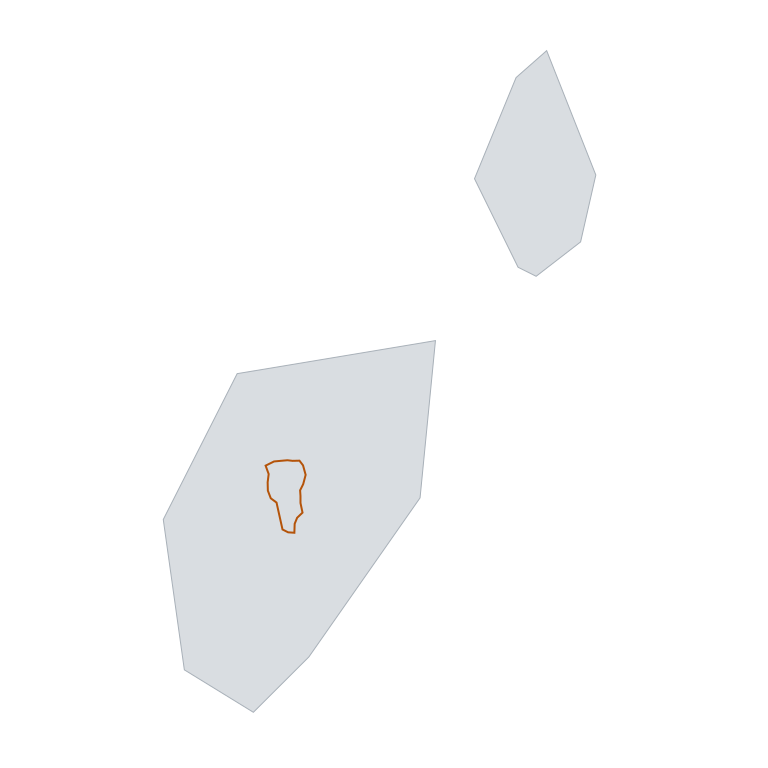 Malta, with Attard highlighted, rotated 81°
{"feature_id": "MLT-5920", "entity_name": "Attard", "entity_type": "state/province", "adm_level": 1, "iso_a3": "MLT", "parent_name": "Malta", "parent_adm1": "", "projection": "robinson", "projection_center": [14.431, 35.889], "detail": "fine", "context": "in_parent", "style": "outline", "palette": "amber", "viewbox_px": 768, "rotation_deg": 81, "n_neighbors": 0, "source": "natural_earth", "source_scale": "10m", "svg_char_len": 719}
<svg xmlns="http://www.w3.org/2000/svg" viewBox="0 0 768 768"><g transform="rotate(81 384 384)"><path d="M687.8,564.4L635.1,625.9L483.3,623.2L350.8,527.4L349.2,326.4L502.1,366.2L641.8,500.9L687.8,564.4ZM289.7,233.3L195.4,262.5L102.0,205.6L80.2,171.2L210.7,142.1L274.4,167.6L301.4,216.9L289.7,233.3Z" fill="#d9dde1" stroke="#a8b0b8" stroke-width="1"/><path d="M461.5,475.6L470.3,479.5L475.9,483.5L481.5,484.0L488.5,485.1L498.3,484.6L502.5,490.7L508.1,494.1L516.9,495.8L515.5,501.9L511.8,507.0L494.1,508.1L484.3,508.7L479.2,513.7L471.2,515.4L462.9,514.3L454.9,512.0L446.1,513.7L443.3,504.7L443.7,498.6L444.2,491.3L445.6,486.3L446.5,479.5L451.7,476.7L461.5,475.6Z" fill="none" stroke="#b45309" stroke-width="2"/></g></svg>